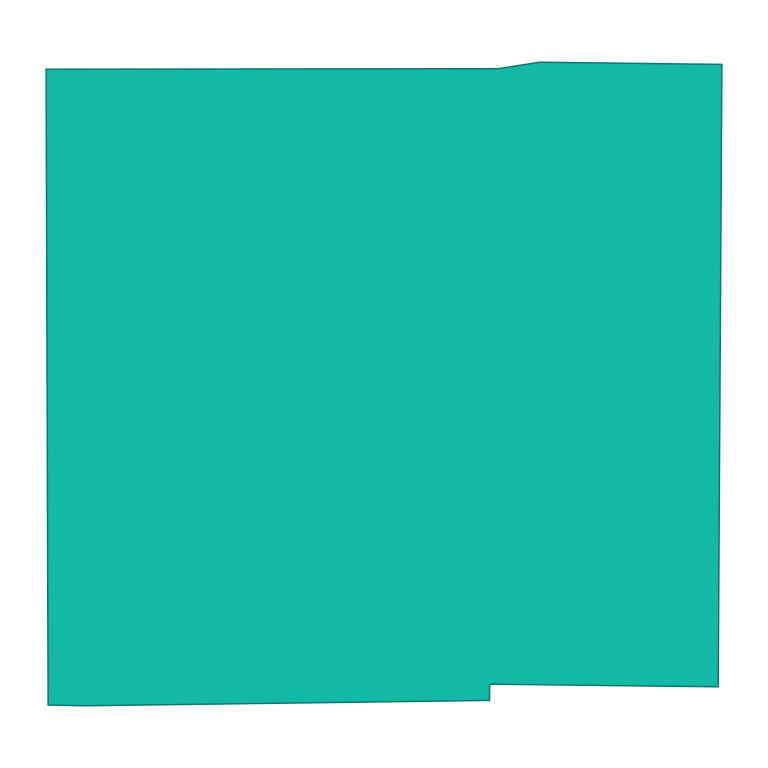 Crawford, Ohio, United States of America (Natural Earth projection)
{"feature_id": "52423323B92428589808296", "entity_name": "Crawford", "entity_type": "district", "adm_level": 2, "iso_a3": "USA", "parent_name": "United States of America", "parent_adm1": "Ohio", "projection": "natural_earth1", "projection_center": [-82.928, 40.85], "detail": "fine", "context": "isolated", "style": "filled", "palette": "teal", "viewbox_px": 768, "rotation_deg": 0, "n_neighbors": 0, "source": "geoboundaries", "source_scale": "gbopen_adm2", "svg_char_len": 243}
<svg xmlns="http://www.w3.org/2000/svg" viewBox="0 0 768 768"><path d="M46.1,69.2L48.1,705.0L84.3,705.8L489.5,700.4L489.7,684.2L718.2,686.8L721.9,64.4L539.5,62.2L498.3,68.7L46.1,69.2Z" fill="#14b8a6" stroke="#0f766e" stroke-width="1.5"/></svg>